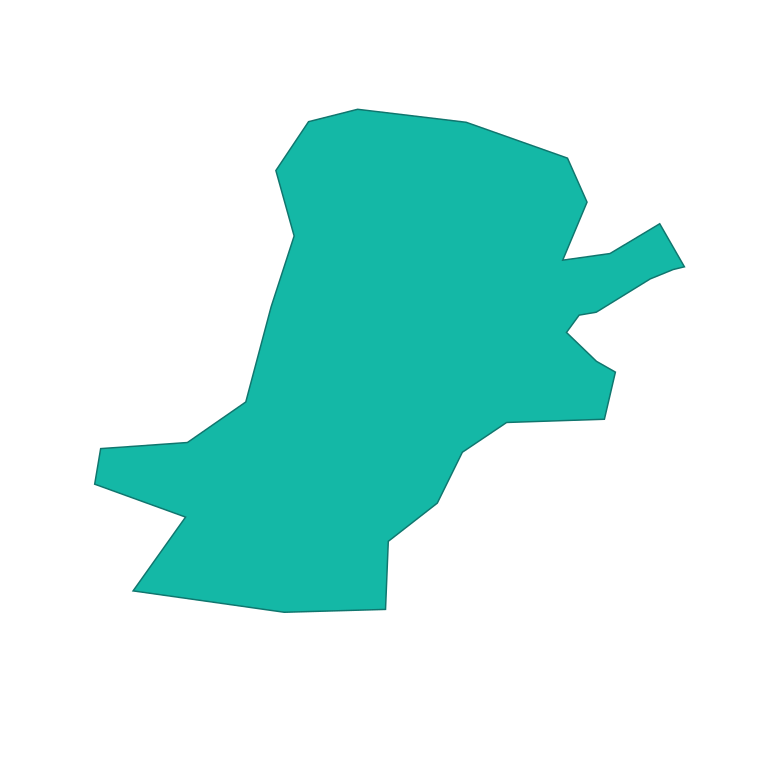 an SVG outline of Varkavas, rotated 288°
{"feature_id": "LVA-5751", "entity_name": "Varkavas", "entity_type": "Municipality", "adm_level": 1, "iso_a3": "LVA", "parent_name": "Latvia", "parent_adm1": "", "projection": "albers", "projection_center": [26.518, 56.217], "detail": "fine", "context": "isolated", "style": "filled", "palette": "teal", "viewbox_px": 768, "rotation_deg": 288, "n_neighbors": 0, "source": "natural_earth", "source_scale": "10m", "svg_char_len": 567}
<svg xmlns="http://www.w3.org/2000/svg" viewBox="0 0 768 768"><g transform="rotate(288 384 384)"><path d="M418.6,604.5L385.3,512.5L343.3,479.6L287.2,471.5L235.7,436.7L170.1,455.1L136.1,359.7L109.7,209.3L196.1,236.4L199.3,139.8L235.0,134.5L267.6,215.1L324.2,258.1L422.5,252.8L497.0,252.8L553.6,215.2L610.2,231.2L637.1,274.0L658.3,381.3L655.5,488.7L619.7,520.9L557.0,515.7L577.9,558.6L621.6,596.7L588.3,633.5L582.2,623.6L566.2,604.7L517.9,563.7L509.8,548.3L489.4,541.6L471.2,579.1L466.8,600.4L418.6,604.5Z" fill="#14b8a6" stroke="#0f766e" stroke-width="1.5"/></g></svg>